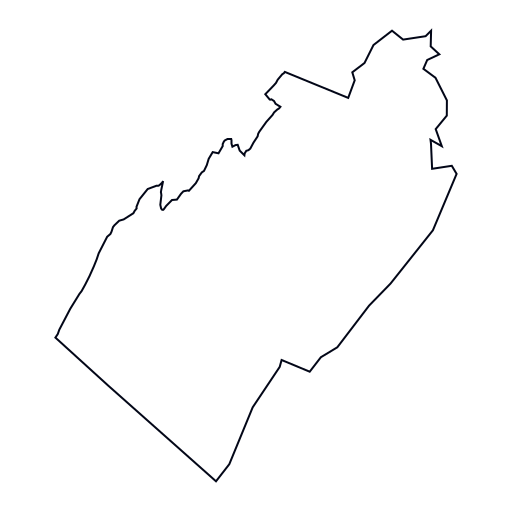 the district of Shenandoah, Virginia, United States of America
{"feature_id": "52423323B4371856905255", "entity_name": "Shenandoah", "entity_type": "district", "adm_level": 2, "iso_a3": "USA", "parent_name": "United States of America", "parent_adm1": "Virginia", "projection": "albers", "projection_center": [-78.605, 38.853], "detail": "fine", "context": "isolated", "style": "outline", "palette": "ink", "viewbox_px": 512, "rotation_deg": 0, "n_neighbors": 0, "source": "geoboundaries", "source_scale": "gbopen_adm2", "svg_char_len": 1652}
<svg xmlns="http://www.w3.org/2000/svg" viewBox="0 0 512 512"><path d="M390.5,283.6L432.9,230.3L456.6,173.9L451.8,165.8L432.1,168.8L431.0,143.8L430.5,139.8L441.8,146.2L435.7,129.1L446.8,115.6L446.9,100.4L435.5,77.8L423.4,68.8L427.2,60.0L439.3,54.3L430.7,46.4L431.1,30.7L425.6,36.2L403.1,39.6L392.0,30.7L373.5,45.0L364.5,63.0L352.3,72.3L354.7,80.3L348.2,97.9L284.8,71.9L283.8,73.3L282.3,74.2L277.7,79.7L276.0,82.9L273.7,85.5L265.3,94.2L269.6,99.4L270.1,99.7L271.4,99.3L274.0,101.0L275.6,103.8L280.4,106.8L279.1,108.4L277.3,109.5L274.1,112.4L272.5,115.0L266.4,121.8L259.3,131.7L258.2,133.7L257.6,136.4L253.5,142.6L250.3,148.6L248.4,150.2L246.3,150.8L244.6,153.5L244.4,155.3L239.7,150.6L237.7,144.8L235.5,145.1L232.4,146.7L231.5,143.7L231.5,140.2L231.2,139.0L227.5,139.0L224.7,140.5L223.8,141.7L222.7,144.1L222.7,146.1L218.5,153.3L212.7,152.1L208.7,158.8L206.8,165.1L204.0,170.9L201.8,172.4L199.1,176.1L198.6,178.3L195.8,183.2L188.9,190.8L188.0,190.4L183.4,191.3L181.1,193.7L176.9,199.6L172.0,200.0L166.2,205.9L163.7,209.4L163.0,209.9L161.9,209.6L161.1,208.4L160.3,204.8L161.4,195.4L161.2,193.7L161.1,193.2L160.9,192.1L161.3,189.7L163.1,181.1L162.1,182.7L159.3,185.3L158.1,185.8L156.6,185.7L147.7,189.0L139.5,199.2L136.5,206.8L136.6,208.5L134.7,210.8L133.4,213.2L123.7,219.4L119.2,220.7L114.4,225.3L113.0,227.1L111.5,231.7L110.4,234.0L107.2,236.7L98.7,253.3L96.7,259.3L93.8,266.5L89.5,276.1L85.2,284.6L81.6,291.1L79.5,293.8L70.3,308.7L59.3,329.7L57.8,334.0L55.4,337.6L108.3,385.7L216.0,481.3L229.3,464.2L252.7,407.3L279.7,366.9L281.6,360.0L309.7,371.7L320.9,357.2L337.3,347.3L369.1,305.6L390.5,283.6Z" fill="none" stroke="#020617" stroke-width="2"/></svg>